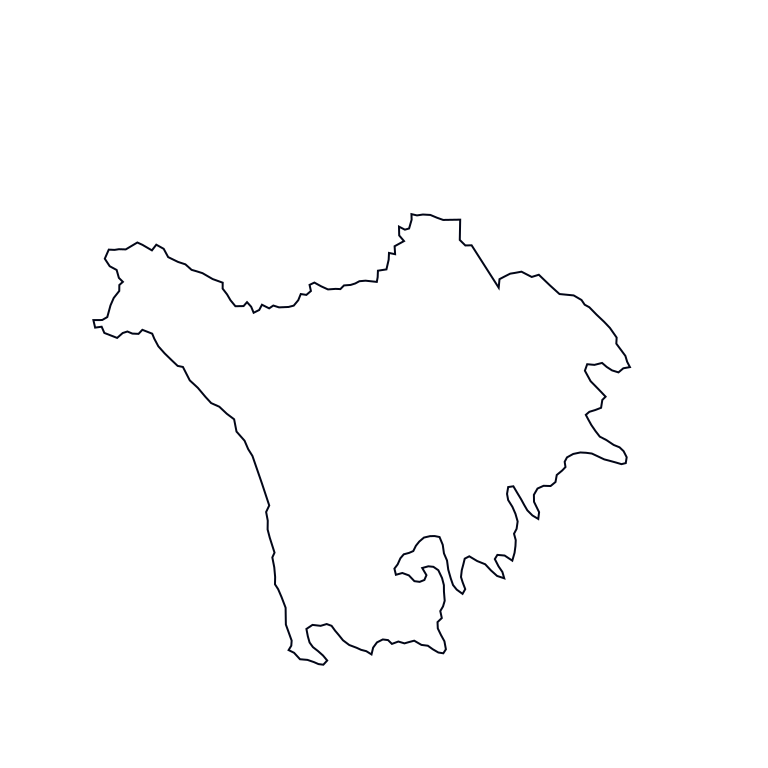 Antônio Olinto, Paraná, Brazil, rotated 328°
{"feature_id": "56859067B14097519009978", "entity_name": "Antônio Olinto", "entity_type": "district", "adm_level": 2, "iso_a3": "BRA", "parent_name": "Brazil", "parent_adm1": "Paraná", "projection": "equal_earth", "projection_center": [-50.135, -25.945], "detail": "fine", "context": "isolated", "style": "outline", "palette": "ink", "viewbox_px": 768, "rotation_deg": 328, "n_neighbors": 0, "source": "geoboundaries", "source_scale": "gbopen_adm2", "svg_char_len": 3970}
<svg xmlns="http://www.w3.org/2000/svg" viewBox="0 0 768 768"><g transform="rotate(328 384 384)"><path d="M565.2,512.2L563.2,502.4L560.7,491.1L561.4,479.2L566.8,474.9L572.6,479.3L580.1,481.7L581.9,487.5L584.6,493.3L589.0,498.4L595.3,497.5L601.5,500.0L602.0,493.9L603.6,488.1L602.4,472.9L605.9,467.9L605.3,456.1L603.6,447.8L601.0,437.8L598.8,427.7L596.2,423.1L596.0,417.4L591.8,409.4L580.5,400.7L577.0,388.4L573.2,373.4L566.0,371.5L560.1,361.6L554.0,359.2L549.5,357.3L542.8,356.7L537.5,356.3L532.3,363.1L531.8,312.8L526.4,309.6L524.6,302.0L535.7,285.0L521.1,276.2L517.0,271.0L512.9,265.2L506.8,260.9L501.3,258.5L497.3,254.5L494.5,259.3L487.7,265.4L483.5,264.2L480.1,258.5L475.6,266.1L476.7,273.4L466.0,272.8L462.2,279.8L457.7,275.5L453.8,281.1L446.8,288.1L438.9,284.7L435.2,290.1L432.0,293.6L423.1,286.6L417.6,283.8L412.9,283.5L408.2,282.3L402.3,279.2L397.3,280.4L393.4,277.7L386.6,274.1L382.5,267.9L378.7,261.1L373.4,260.5L371.3,266.4L365.4,267.3L361.1,263.6L355.7,267.5L349.0,269.7L343.9,268.1L335.6,263.4L331.7,258.8L326.7,259.0L322.5,252.1L317.4,255.1L311.2,254.5L312.3,248.1L311.2,242.0L306.2,243.5L299.2,239.3L298.2,231.6L298.4,224.9L297.7,217.6L300.9,212.6L294.3,204.2L288.8,193.8L284.7,189.0L281.3,185.2L279.0,177.3L274.0,171.3L268.2,162.0L268.8,152.6L264.7,145.2L258.0,147.7L252.9,138.0L249.8,133.3L236.3,133.0L230.6,129.2L226.6,127.5L221.8,124.2L213.6,129.8L213.8,138.8L217.7,145.6L215.4,153.5L216.7,159.0L212.0,159.8L208.8,164.8L200.4,167.8L193.7,172.4L184.8,180.6L178.9,180.4L171.4,175.8L168.9,183.1L174.9,185.8L173.9,192.5L182.1,203.5L189.4,202.3L194.2,203.5L197.3,207.9L202.4,211.4L207.8,210.0L214.1,218.5L213.2,223.9L212.6,232.5L214.2,241.8L216.4,250.8L218.6,259.3L222.5,263.0L221.2,278.0L224.1,288.6L225.7,300.0L227.3,308.6L232.3,316.0L234.9,325.9L238.2,334.5L233.7,346.2L235.7,358.2L234.3,367.3L234.3,375.3L227.8,403.6L222.3,426.2L216.2,430.1L213.0,438.3L208.2,445.7L205.7,453.7L201.8,469.0L197.4,471.9L193.8,481.3L189.4,490.0L185.4,496.1L185.5,501.9L184.2,510.4L182.0,521.6L178.6,527.2L173.3,536.0L169.7,552.7L166.7,556.8L162.1,559.1L165.3,564.3L166.9,572.9L172.9,577.4L177.2,582.7L180.0,586.8L183.8,589.9L189.3,588.4L188.4,581.9L186.5,575.5L184.3,569.5L183.9,563.8L185.7,557.6L188.4,550.6L195.7,550.4L202.1,555.5L208.2,557.2L211.4,561.3L211.8,567.3L212.6,572.8L213.4,579.6L216.2,586.9L221.0,593.2L223.7,597.3L227.4,601.2L230.1,606.7L235.1,601.8L241.1,599.4L247.6,600.0L251.7,603.3L253.0,608.6L259.7,610.0L263.9,614.8L268.8,616.2L273.6,617.7L277.5,625.1L282.5,629.2L284.8,634.8L287.8,640.5L291.6,643.8L295.9,641.8L298.9,634.2L299.3,627.1L300.1,619.8L303.2,614.3L309.0,613.1L311.4,606.4L316.2,603.9L320.6,600.0L324.9,591.7L328.2,586.3L330.4,579.3L331.4,570.7L329.0,565.2L325.0,562.1L318.9,560.3L318.7,568.6L314.4,571.6L309.4,570.7L305.3,567.3L303.7,559.5L299.4,554.0L293.0,552.1L295.0,546.1L300.0,544.2L305.5,540.5L310.5,538.9L315.7,540.5L320.3,541.2L325.3,538.1L330.4,536.3L336.5,535.4L342.6,537.5L346.5,539.9L350.0,543.2L348.6,551.5L345.1,559.4L343.9,567.1L340.1,575.5L337.6,584.2L336.0,591.1L336.7,596.9L339.4,603.6L344.2,601.0L345.6,593.9L347.0,588.5L351.3,583.1L355.7,579.0L359.9,574.9L365.0,575.3L369.2,583.5L374.3,590.5L375.9,598.7L378.2,606.7L383.0,612.5L384.8,606.1L384.5,599.4L385.2,591.2L389.6,589.0L395.4,593.4L399.2,601.8L405.3,596.3L409.6,591.1L413.0,586.2L414.9,579.9L419.7,577.1L424.5,571.4L426.7,563.7L427.8,556.2L427.8,548.2L430.1,542.4L434.7,537.2L439.5,539.3L439.3,547.3L439.2,554.3L438.8,560.9L438.6,567.1L440.2,574.1L443.3,580.2L447.6,574.9L448.8,563.4L452.4,557.4L458.8,554.0L465.4,554.9L471.2,558.8L477.5,558.0L482.3,552.7L489.2,551.8L493.9,550.6L496.0,545.7L500.3,543.2L507.4,543.6L514.2,546.1L518.9,549.4L523.4,553.1L526.9,558.5L530.8,564.6L534.3,568.3L539.0,573.4L542.9,577.8L547.1,579.2L551.0,574.7L551.6,567.9L550.2,562.5L546.5,557.4L542.9,549.4L539.1,543.0L538.4,536.0L538.1,528.7L538.4,522.9L538.8,517.1L543.4,516.4L549.3,518.0L555.5,519.2L560.7,513.2L565.2,512.2Z" fill="none" stroke="#020617" stroke-width="2"/></g></svg>